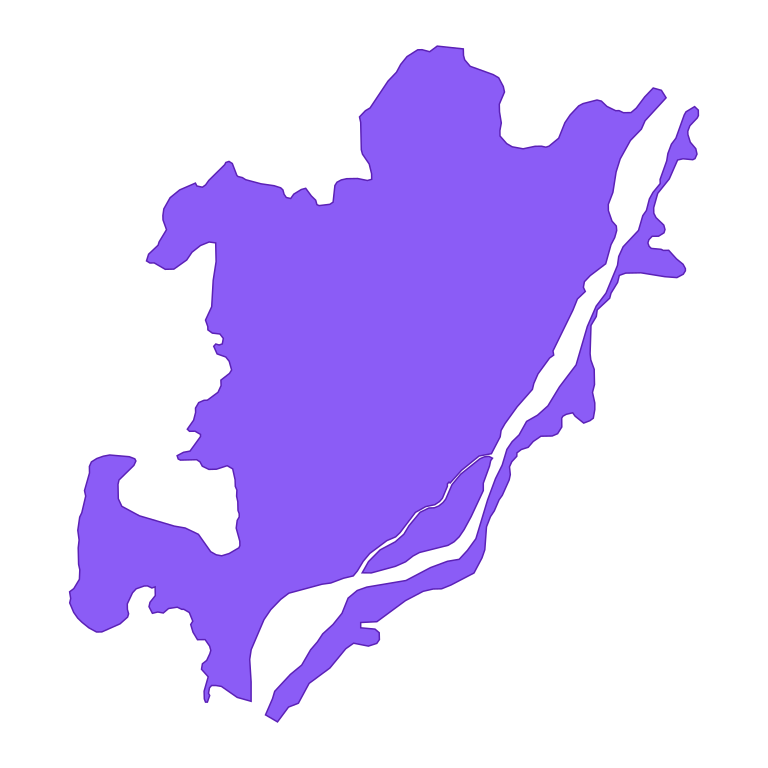 Biba, Bani Suwayf, Egypt (Mercator projection)
{"feature_id": "37247803B33717646792475", "entity_name": "Biba", "entity_type": "district", "adm_level": 2, "iso_a3": "EGY", "parent_name": "Egypt", "parent_adm1": "Bani Suwayf", "projection": "mercator", "projection_center": [30.97, 28.949], "detail": "fine", "context": "isolated", "style": "filled", "palette": "violet", "viewbox_px": 768, "rotation_deg": 0, "n_neighbors": 0, "source": "geoboundaries", "source_scale": "gbopen_adm2", "svg_char_len": 6079}
<svg xmlns="http://www.w3.org/2000/svg" viewBox="0 0 768 768"><path d="M195.4,183.1L179.7,189.9L170.1,197.7L163.8,208.9L162.9,215.5L163.0,219.9L166.5,229.7L159.1,241.9L158.1,245.2L148.6,254.2L146.5,260.9L149.9,263.0L154.2,262.9L165.2,269.3L173.9,269.1L186.7,260.0L192.0,252.2L200.5,245.5L209.1,242.0L215.7,242.9L216.1,261.6L213.2,280.3L211.7,306.7L205.5,320.1L207.8,326.6L207.9,329.9L212.3,333.1L219.9,334.0L223.3,338.4L222.3,343.9L219.1,345.0L215.8,344.0L213.7,346.3L217.1,353.9L225.8,357.0L229.2,361.3L231.6,370.0L229.5,373.4L220.9,380.1L221.1,385.6L218.0,392.3L207.3,400.2L204.0,400.3L198.7,402.6L195.5,408.1L195.6,412.5L193.6,420.2L187.3,429.2L189.5,431.3L195.0,431.2L200.5,434.4L200.5,436.6L190.0,451.1L183.5,452.3L177.1,455.7L178.2,459.0L180.4,460.1L196.7,459.7L200.0,461.9L202.3,466.2L208.9,469.4L216.5,469.2L227.2,465.7L232.7,468.9L235.1,479.8L235.3,486.4L236.9,490.1L236.6,496.2L237.8,501.7L238.0,510.5L239.2,513.7L239.2,517.0L237.2,520.4L236.2,528.1L239.8,541.2L239.9,545.6L238.9,547.8L229.2,553.5L221.7,555.8L216.2,554.8L210.7,551.7L198.4,534.3L185.2,528.0L174.3,526.1L139.4,515.8L121.8,506.3L118.3,498.7L118.0,484.4L119.0,480.0L133.9,465.4L135.9,461.0L134.8,458.8L129.3,456.7L109.7,455.0L103.3,456.2L96.8,458.5L91.4,461.9L89.4,466.4L89.5,473.0L84.5,490.6L85.7,496.1L81.8,512.7L79.7,517.1L77.8,530.3L79.1,540.1L78.2,547.9L78.6,564.3L79.8,569.8L79.4,579.3L73.8,588.6L69.6,591.8L70.7,598.5L69.7,602.9L73.7,612.4L77.7,618.1L82.1,622.4L88.8,627.8L96.5,632.0L101.9,631.9L120.1,623.8L127.6,617.1L128.6,613.8L127.4,609.4L127.3,603.9L132.5,592.8L136.2,588.8L144.2,586.0L147.5,585.9L151.9,588.0L155.1,586.9L155.3,595.6L150.0,602.3L149.0,606.7L152.4,613.3L157.8,612.0L163.3,613.0L168.6,608.5L177.3,607.2L181.7,609.3L183.8,609.3L189.3,612.5L192.8,621.2L190.7,624.5L193.0,632.2L197.5,639.7L205.1,639.6L209.6,646.1L210.8,650.4L209.8,653.8L206.7,660.4L202.4,663.8L201.5,669.3L208.2,676.8L204.1,691.2L204.3,698.9L205.5,702.1L207.4,702.1L209.7,695.5L208.5,693.3L209.5,687.8L211.6,685.5L215.9,685.5L221.4,686.4L237.2,697.4L251.1,701.3L251.1,681.9L249.7,659.4L251.2,649.6L264.0,619.6L270.8,609.6L280.8,599.3L288.8,593.2L322.1,584.2L330.8,583.0L343.6,578.2L353.3,575.9L357.4,570.9L363.2,561.3L369.7,553.5L386.9,540.6L395.6,536.9L400.0,532.7L415.4,512.4L425.7,506.6L434.8,504.7L439.6,501.5L442.4,498.3L447.4,486.3L447.4,483.9L449.0,482.1L450.1,483.0L461.5,470.3L479.1,456.0L491.4,453.7L500.2,436.8L501.1,430.4L505.0,423.6L517.2,406.7L532.4,389.4L533.8,383.5L538.0,373.9L549.6,358.0L553.7,355.1L553.0,350.9L572.9,310.2L577.4,299.0L585.3,291.5L583.4,287.3L584.4,281.7L590.2,275.6L605.7,263.8L611.0,244.7L614.7,237.6L616.7,230.5L616.3,226.0L612.0,221.1L608.4,210.7L608.3,204.4L612.9,192.4L616.1,172.0L620.2,158.9L630.4,140.5L641.4,129.1L645.1,120.7L666.1,97.8L661.4,90.3L653.2,88.0L644.7,96.9L636.3,108.1L631.0,112.6L623.4,112.7L619.0,110.6L615.7,110.7L606.9,106.4L601.4,101.1L597.0,100.0L583.0,103.6L578.7,105.9L570.2,114.9L564.9,122.7L558.7,138.2L549.1,146.1L545.9,147.2L541.5,146.2L535.0,146.3L523.1,148.8L512.2,146.8L506.7,143.6L500.0,136.0L499.9,130.6L501.3,123.0L499.5,111.9L499.3,104.2L504.5,92.0L503.3,86.5L498.7,77.8L493.2,74.6L470.2,66.3L464.7,59.8L463.5,55.4L463.3,48.9L437.2,46.1L429.7,51.7L422.1,49.7L417.7,49.8L407.0,56.6L400.7,64.4L396.5,72.2L388.0,81.1L370.1,107.9L365.4,110.7L359.5,116.9L360.7,122.4L361.3,149.8L362.5,154.2L369.2,164.0L371.6,173.8L371.7,179.3L367.4,180.5L357.6,178.5L346.7,178.7L341.3,179.9L337.0,182.2L334.9,185.5L333.1,202.1L329.9,204.3L319.1,205.6L316.9,204.6L315.7,200.2L311.3,195.9L305.7,188.3L301.3,189.5L293.8,194.1L290.7,198.5L286.3,197.5L284.1,194.3L282.9,189.9L280.7,187.8L274.1,185.7L261.0,183.8L245.7,179.7L242.4,177.6L238.0,176.5L236.9,175.5L232.3,163.5L229.0,161.4L225.8,162.5L224.7,164.7L208.8,180.4L205.6,184.9L202.4,187.2L196.9,186.0L195.4,183.1ZM277.5,721.9L288.5,707.1L298.4,703.2L309.1,683.4L329.9,668.0L345.8,648.7L353.6,643.2L368.4,646.1L376.8,643.4L379.4,639.6L379.2,632.7L375.0,629.1L360.7,627.8L360.7,622.5L376.9,621.7L405.5,600.6L423.2,591.3L433.2,589.0L441.6,588.8L451.0,585.0L474.0,573.0L482.0,557.9L484.8,549.8L486.5,526.8L490.5,516.6L494.3,510.9L499.1,499.8L502.3,495.3L509.2,479.9L510.3,474.6L509.5,466.8L511.8,461.7L516.8,456.3L516.9,452.9L521.3,449.5L528.2,447.3L533.2,441.5L540.9,436.2L552.2,436.0L557.6,433.7L561.8,427.0L561.7,418.2L562.9,416.2L566.3,414.3L572.7,412.8L575.1,416.2L583.7,423.1L589.9,420.7L593.3,418.2L594.8,409.6L594.8,403.0L592.5,392.4L594.5,384.6L594.2,369.3L590.8,359.9L590.1,353.6L591.0,325.4L596.3,316.5L597.2,309.9L609.7,298.2L611.0,293.2L617.6,282.4L619.3,275.4L625.7,273.1L640.9,272.8L664.9,276.7L676.9,277.6L683.3,274.2L685.4,270.8L685.4,268.6L683.1,264.3L676.5,258.9L668.7,250.3L663.3,250.4L661.1,249.3L651.3,248.4L649.1,246.3L647.9,243.0L648.9,239.7L652.1,236.3L658.6,236.2L664.0,232.8L665.0,229.5L663.8,225.1L656.0,217.6L653.8,213.2L653.7,207.7L657.7,193.4L669.3,178.9L677.6,160.0L683.0,158.8L692.8,159.7L695.0,158.6L697.0,154.1L695.8,148.7L690.3,142.2L687.9,134.5L687.8,131.2L689.9,125.7L697.3,117.9L698.4,115.6L698.3,110.1L694.6,106.6L686.0,111.8L684.2,115.0L675.9,138.2L671.4,144.2L667.9,153.5L666.7,160.9L660.1,179.4L660.2,183.6L653.0,192.4L649.4,198.9L646.4,210.5L642.8,215.6L638.5,230.4L623.1,246.8L618.7,256.5L617.5,265.3L606.0,293.1L596.2,306.1L587.3,326.5L576.1,364.9L559.5,386.8L547.9,405.9L537.5,415.2L526.6,421.4L519.1,434.9L512.1,441.7L506.9,449.4L502.2,465.1L495.5,478.6L487.6,499.9L475.9,538.7L467.4,550.4L459.2,559.3L447.4,561.3L430.5,567.6L406.0,580.5L366.8,587.1L357.2,590.5L348.1,598.1L342.0,613.3L333.0,624.5L322.7,633.9L317.4,641.9L310.6,649.8L301.7,665.1L290.4,674.4L274.7,691.3L272.5,698.7L265.5,714.9L277.5,721.9ZM460.7,474.2L452.0,484.7L445.8,499.0L443.1,502.5L438.9,505.9L434.4,507.8L428.9,508.0L420.1,512.3L409.1,525.6L403.9,534.2L395.3,541.8L380.1,549.9L368.5,561.6L362.2,572.8L371.4,572.9L395.5,566.3L405.6,561.8L413.0,556.0L419.5,552.5L448.1,545.3L454.2,541.7L459.2,536.8L464.1,529.6L471.1,516.7L483.3,490.6L483.3,483.2L489.5,466.1L490.7,460.6L492.5,458.2L489.0,456.4L484.5,456.8L480.0,458.7L460.7,474.2Z" fill="#8b5cf6" stroke="#5b21b6" stroke-width="1.5"/></svg>